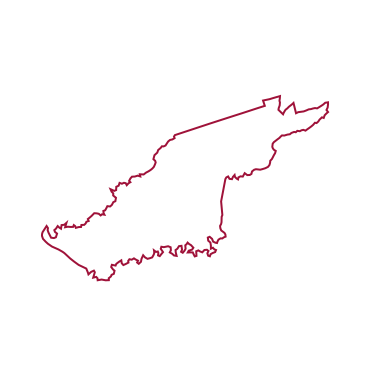 Matelândia, Paraná, Brazil (orthographic projection), rotated 73°
{"feature_id": "56859067B5689324623652", "entity_name": "Matelândia", "entity_type": "district", "adm_level": 2, "iso_a3": "BRA", "parent_name": "Brazil", "parent_adm1": "Paraná", "projection": "orthographic", "projection_center": [-53.887, -25.334], "detail": "fine", "context": "isolated", "style": "outline", "palette": "rose", "viewbox_px": 384, "rotation_deg": 73, "n_neighbors": 0, "source": "geoboundaries", "source_scale": "gbopen_adm2", "svg_char_len": 4334}
<svg xmlns="http://www.w3.org/2000/svg" viewBox="0 0 384 384"><g transform="rotate(73 192 192)"><path d="M240.5,315.1L238.9,311.8L238.5,308.8L240.3,308.4L242.3,309.7L245.0,311.5L245.2,308.4L246.9,307.6L248.8,308.0L249.3,304.0L251.2,300.4L252.0,297.3L250.1,296.8L249.1,294.3L247.7,293.1L247.4,290.7L244.6,289.1L242.9,290.2L240.1,291.2L238.2,289.9L240.0,286.6L238.6,285.4L237.9,283.6L237.3,281.9L236.7,279.6L239.6,280.0L241.8,279.0L241.5,276.6L240.9,273.4L239.3,273.2L238.0,271.5L239.1,269.4L238.5,266.9L240.0,265.7L241.9,263.7L243.4,265.1L245.1,263.9L243.8,261.2L241.1,259.8L238.2,257.2L240.7,256.1L242.9,254.1L243.0,251.4L242.9,249.2L241.2,247.4L239.8,246.2L238.2,245.6L236.7,245.4L238.8,243.9L238.9,242.1L240.5,242.0L242.7,243.0L243.9,241.6L242.5,239.6L241.0,237.3L239.0,237.9L237.2,238.5L235.4,237.3L236.5,235.1L236.9,230.7L238.6,228.6L241.5,229.2L243.3,230.9L245.4,228.9L247.4,227.8L248.6,225.4L245.0,225.2L242.7,224.7L242.0,222.6L240.0,220.3L240.4,217.8L244.3,218.4L246.0,219.9L247.4,218.6L246.0,216.4L244.4,214.7L242.8,214.4L241.0,214.0L240.3,212.4L239.1,211.0L241.0,209.9L242.5,208.5L245.7,207.0L247.1,208.7L247.2,212.3L248.6,213.7L249.2,211.5L250.0,208.9L252.4,208.6L254.4,208.2L254.4,206.4L249.9,205.3L249.7,203.0L251.1,201.8L252.7,199.8L251.1,197.1L251.6,194.6L253.2,193.5L255.1,195.2L257.6,195.2L258.7,193.7L256.9,192.4L256.4,190.1L256.2,187.4L254.5,186.0L253.4,187.4L251.4,188.3L251.7,190.5L248.8,189.6L245.7,189.2L243.3,190.7L240.2,190.2L240.0,188.2L242.7,186.5L245.6,186.3L247.3,184.5L248.1,183.0L246.8,182.1L245.3,180.6L244.7,178.3L245.3,176.6L244.7,175.0L244.5,172.9L242.3,172.5L240.6,172.9L239.2,173.9L237.3,175.3L235.0,175.5L232.7,175.1L231.1,173.5L229.5,172.6L224.4,170.9L222.9,169.7L209.5,166.9L189.4,156.3L188.1,154.9L187.7,152.9L190.4,152.3L191.4,150.0L189.5,148.4L188.2,146.3L190.1,146.5L192.2,145.4L193.4,144.3L191.6,143.3L191.2,141.1L192.1,138.9L189.4,136.1L192.0,134.2L192.6,131.8L192.1,129.9L189.9,128.6L188.9,126.1L188.9,124.2L189.8,122.1L190.6,120.3L190.7,118.1L190.7,115.0L190.2,112.0L188.8,110.0L186.9,108.8L185.0,108.0L183.8,105.9L180.6,102.8L179.2,101.2L177.2,99.9L175.6,101.3L174.0,101.9L172.3,102.0L169.4,100.7L168.3,99.2L166.8,95.3L165.8,92.5L164.9,91.0L164.2,89.4L165.0,87.2L165.0,83.9L165.4,81.5L164.6,79.7L164.4,76.8L165.2,75.3L164.3,73.4L165.4,71.1L165.0,69.3L165.1,67.4L166.5,65.5L165.8,63.6L164.9,60.8L164.1,58.6L163.2,56.5L161.7,54.2L162.5,52.7L161.5,50.6L160.1,48.9L158.6,45.9L159.7,44.4L157.4,42.7L156.3,40.7L155.3,38.5L152.9,39.4L150.9,37.6L148.0,36.3L146.0,35.7L145.6,38.5L146.7,40.9L147.3,42.9L148.1,45.8L148.6,47.9L147.7,49.8L147.5,51.9L147.5,54.0L147.1,56.2L147.4,58.6L147.6,61.6L147.2,64.1L146.7,67.1L147.1,69.5L136.5,68.9L137.4,70.7L138.8,74.4L139.9,76.4L140.7,78.5L141.8,79.8L143.0,81.1L144.3,82.2L138.7,85.3L137.2,84.6L134.8,82.8L132.0,81.7L130.4,81.7L128.3,80.7L126.0,79.8L125.9,87.2L125.9,90.6L125.3,97.3L130.9,97.2L131.0,105.5L131.3,120.9L131.4,129.4L131.6,142.9L131.8,155.2L132.6,191.7L133.7,193.0L135.4,192.9L136.0,195.4L135.8,197.8L136.7,200.0L138.5,202.2L139.8,203.7L140.1,205.8L139.5,207.4L140.7,209.1L142.0,212.1L144.2,213.7L145.8,217.1L149.3,219.3L151.4,218.1L153.1,218.1L154.6,219.2L156.8,221.1L158.0,223.1L158.8,225.1L159.5,227.5L160.0,230.2L161.1,233.1L159.8,236.7L162.0,236.9L160.5,239.1L160.5,242.2L159.8,244.9L161.0,246.9L163.0,248.9L164.6,248.1L165.1,250.2L166.4,252.4L164.2,252.8L163.3,254.4L163.6,256.6L162.1,258.6L164.5,260.3L164.9,262.9L168.0,264.0L168.2,266.0L165.5,269.1L168.2,268.8L170.3,267.7L172.3,268.4L175.3,266.4L178.4,268.0L178.7,270.2L180.9,272.4L181.9,274.5L180.8,277.1L182.8,279.0L184.1,280.4L184.2,282.3L186.2,282.7L188.1,282.4L187.0,284.6L187.7,286.2L185.6,287.5L184.6,289.3L183.7,291.7L185.5,295.0L186.6,297.4L187.4,299.5L189.5,299.3L189.6,301.7L191.0,302.9L191.9,304.7L191.2,307.4L193.0,308.3L192.4,310.6L192.3,313.6L190.5,313.7L189.1,314.7L190.6,315.9L189.9,318.4L188.9,320.9L188.6,323.6L184.8,321.1L186.0,323.7L185.5,326.4L188.8,328.0L187.4,329.2L185.3,330.4L187.3,332.8L188.2,334.8L190.1,334.7L192.3,333.2L195.5,335.4L195.7,337.5L194.5,340.1L188.9,341.1L186.2,341.2L184.4,340.3L182.0,341.0L186.8,346.7L188.4,347.7L190.1,348.3L193.2,348.2L196.7,346.5L199.4,344.9L203.3,341.8L207.9,336.5L211.3,333.3L213.1,331.9L220.0,327.9L224.2,325.0L228.6,321.7L234.3,315.5L238.5,315.1L240.5,315.1Z" fill="none" stroke="#9f1239" stroke-width="2"/></g></svg>